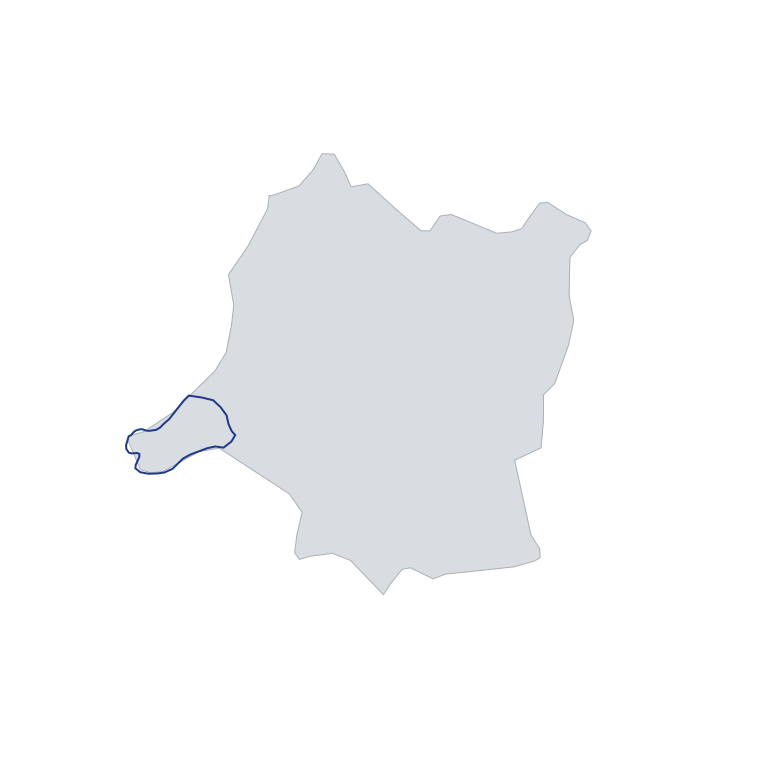 Kosovo, with Dragaš highlighted, rotated 59°
{"feature_id": "KOS-5909", "entity_name": "Dragaš", "entity_type": "District", "adm_level": 1, "iso_a3": "XKX", "parent_name": "Kosovo", "parent_adm1": "", "projection": "albers", "projection_center": [20.657, 41.99], "detail": "fine", "context": "in_parent", "style": "outline", "palette": "blue", "viewbox_px": 768, "rotation_deg": 59, "n_neighbors": 0, "source": "natural_earth", "source_scale": "10m", "svg_char_len": 1631}
<svg xmlns="http://www.w3.org/2000/svg" viewBox="0 0 768 768"><g transform="rotate(59 384 384)"><path d="M238.6,284.2L271.7,273.4L276.4,265.8L268.9,249.3L273.4,239.0L312.9,209.7L319.3,196.4L321.7,185.9L316.5,174.9L309.1,157.5L312.6,150.2L333.1,140.1L349.6,128.4L359.4,127.5L365.6,135.9L365.6,144.6L371.1,159.2L383.3,167.1L403.7,179.9L427.3,188.6L446.0,206.1L471.5,237.4L475.4,252.9L498.3,266.7L519.6,282.2L516.6,311.2L589.2,335.8L605.5,335.4L613.3,339.7L613.2,346.3L607.7,366.7L578.6,429.4L576.3,442.3L555.1,456.1L552.2,464.0L558.5,481.1L564.2,493.1L563.8,493.1L518.0,503.6L502.5,515.5L493.5,536.3L490.7,547.0L482.6,547.4L469.0,536.9L451.8,520.3L429.6,521.7L354.1,558.3L346.7,577.3L345.1,618.6L339.9,629.8L331.8,636.9L300.4,632.4L297.1,629.7L301.2,613.9L299.6,579.3L285.6,521.9L275.6,503.1L255.0,484.4L238.9,472.1L210.1,461.0L195.7,429.5L173.9,393.6L163.4,385.4L165.1,381.8L170.4,354.9L164.2,335.2L154.7,318.4L161.4,308.3L181.5,308.6L198.1,310.5L204.2,294.6L238.6,284.2Z" fill="#d9dde1" stroke="#a8b0b8" stroke-width="1"/><path d="M297.4,629.9L297.5,627.2L296.2,622.8L296.1,620.1L297.4,615.8L299.0,613.8L301.0,612.3L303.2,609.5L306.0,602.9L306.0,598.3L304.7,593.5L303.5,586.3L295.0,564.0L293.4,557.3L301.7,547.2L309.9,538.8L319.6,536.0L329.9,535.1L338.2,537.9L345.7,538.8L351.2,537.9L354.7,544.4L355.9,554.3L350.7,560.7L348.0,568.5L344.7,586.4L344.4,594.6L347.0,605.6L347.8,609.0L346.9,616.5L346.8,617.7L343.9,624.5L339.5,632.3L337.1,635.0L334.0,638.4L328.2,640.5L325.6,638.6L320.5,631.3L317.9,629.7L316.2,630.9L313.3,636.4L311.3,638.1L306.9,638.3L303.6,636.6L297.4,629.9Z" fill="none" stroke="#1e3a8a" stroke-width="2"/></g></svg>